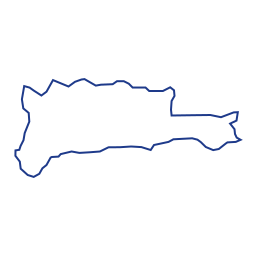 the district of Naryn, Naryn, Kyrgyzstan
{"feature_id": "92254566B90021194946204", "entity_name": "Naryn", "entity_type": "district", "adm_level": 2, "iso_a3": "KGZ", "parent_name": "Kyrgyzstan", "parent_adm1": "Naryn", "projection": "albers", "projection_center": [76.24, 41.45], "detail": "fine", "context": "isolated", "style": "outline", "palette": "blue", "viewbox_px": 256, "rotation_deg": 0, "n_neighbors": 0, "source": "geoboundaries", "source_scale": "gbopen_adm2", "svg_char_len": 1062}
<svg xmlns="http://www.w3.org/2000/svg" viewBox="0 0 256 256"><path d="M79.4,152.9L89.3,152.3L99.9,151.5L108.5,147.3L120.1,147.2L131.2,146.5L141.4,147.1L150.7,150.0L154.0,145.0L159.2,143.9L168.5,141.9L172.7,139.7L173.3,139.3L192.2,138.3L197.2,139.6L197.5,139.7L200.8,142.1L205.8,147.0L213.2,150.1L218.8,149.0L225.8,143.5L227.4,142.4L235.8,141.9L240.6,139.8L236.7,137.6L235.0,134.0L234.5,129.2L230.1,123.6L236.5,120.6L237.8,112.2L233.7,112.4L221.0,117.2L210.3,115.0L193.0,115.2L171.6,115.5L171.0,109.7L171.6,101.0L174.5,95.9L174.0,90.3L170.2,87.3L162.9,91.0L149.2,91.0L145.5,87.5L132.6,87.5L128.8,83.7L123.8,81.2L117.0,81.2L112.7,84.2L100.9,84.7L95.8,85.6L84.5,79.1L81.5,79.5L75.0,81.8L68.5,86.5L53.0,80.1L46.5,91.7L41.4,95.5L33.8,90.6L29.6,87.6L24.2,86.1L21.9,99.3L23.3,108.4L28.7,112.9L29.3,121.6L24.7,133.1L23.5,140.2L20.6,145.9L19.3,149.8L15.5,150.4L15.4,155.8L19.8,161.6L20.7,168.7L27.7,175.0L33.7,176.9L39.3,173.8L42.4,168.3L46.5,165.0L50.6,157.6L51.8,157.0L58.5,156.6L60.7,154.1L71.6,151.5L79.4,152.9Z" fill="none" stroke="#1e3a8a" stroke-width="2"/></svg>